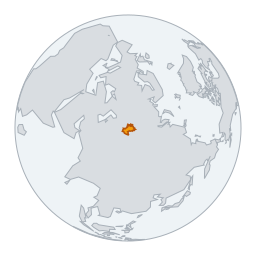 the Earth from above Qostanay, rotated 73°
{"feature_id": "KAZ-3196", "entity_name": "Qostanay", "entity_type": "Region", "adm_level": 1, "iso_a3": "KAZ", "parent_name": "Kazakhstan", "parent_adm1": "", "projection": "orthographic", "projection_center": [62.901, 51.427], "detail": "fine", "context": "on_globe", "style": "filled", "palette": "amber", "viewbox_px": 256, "rotation_deg": 73, "n_neighbors": 0, "source": "natural_earth", "source_scale": "10m", "svg_char_len": 12892}
<svg xmlns="http://www.w3.org/2000/svg" viewBox="0 0 256 256"><g transform="rotate(73 128 128)"><circle cx="128" cy="128" r="113" fill="#eef3f6" stroke="#a8b0b8"/><path d="M137.2,15.7L138.9,16.0L137.9,17.5L135.3,16.9L135.4,17.5L138.6,18.4L140.8,18.8L145.4,23.9L155.4,29.5L160.8,30.5L157.9,31.1L169.6,32.8L176.5,36.4L167.3,32.9L165.3,33.0L169.3,35.6L168.1,36.3L169.4,38.0L167.6,38.7L162.4,36.8L161.1,37.3L164.0,39.2L164.1,41.2L160.0,38.4L159.7,41.7L150.9,39.7L141.5,32.6L135.2,32.9L121.8,29.6L121.6,30.9L116.4,30.8L114.3,32.3L112.4,31.5L112.4,33.4L114.5,33.9L115.2,35.0L114.1,36.0L111.5,35.0L111.7,34.4L110.4,34.6L109.5,33.8L109.3,34.8L106.3,33.6L107.7,36.2L104.0,36.6L102.4,35.5L104.7,33.6L106.7,27.2L105.8,25.8L102.3,25.6L91.2,29.1L89.4,28.6L85.3,29.3L85.4,30.3L88.6,30.2L87.6,32.5L91.6,32.3L91.8,33.3L95.1,34.0L92.3,36.1L87.8,37.8L85.0,37.3L82.9,38.1L83.8,40.4L76.7,41.8L68.9,46.5L67.3,46.7L67.5,43.4L72.2,38.3L72.6,34.9L70.0,39.4L66.1,40.3L64.5,41.5L63.3,42.9L63.9,43.6L62.1,44.4L63.9,40.1L65.6,39.2L65.0,40.5L67.2,38.3L68.4,35.7L66.3,36.6L70.3,32.5L68.9,33.1L69.0,32.7L71.0,31.9L67.4,33.4L70.7,31.0L78.3,26.9L86.2,23.4L94.4,20.5L102.8,18.2L111.3,16.6L119.9,15.7L128.5,15.4L137.2,15.7ZM141.9,19.0L138.8,18.3L136.3,17.4L139.0,17.8L141.9,19.0ZM146.5,21.4L144.7,21.2L144.8,20.1L145.8,20.6L146.5,21.4ZM164.9,31.2L162.7,30.1L165.3,31.0L164.9,31.2ZM169.9,38.1L170.9,38.3L171.1,39.1L169.9,38.1ZM96.4,32.9L95.7,33.4L95.5,33.0L96.4,32.9ZM98.4,32.7L98.6,31.8L99.5,31.6L99.4,32.2L98.4,32.7ZM168.6,41.0L168.6,42.5L167.7,40.7L168.6,41.0ZM98.0,33.9L101.3,31.4L103.0,31.1L104.0,33.0L98.0,33.9ZM168.0,43.1L168.1,46.8L170.4,47.4L164.0,48.0L166.0,44.5L164.5,42.2L166.6,43.4L168.0,43.1ZM115.6,33.6L113.3,33.2L116.2,32.7L115.6,33.6ZM117.3,33.1L125.3,30.5L128.2,31.8L124.9,32.4L129.4,33.5L126.9,35.5L123.9,35.2L122.5,34.0L122.6,35.7L117.3,33.1ZM160.4,47.9L159.7,48.6L159.5,47.6L160.4,47.9ZM115.7,35.4L117.0,34.6L119.6,35.7L117.4,37.4L117.2,36.5L115.7,35.4ZM131.8,33.0L133.4,34.2L131.8,36.0L132.1,36.8L127.1,35.6L131.8,33.0ZM116.1,36.7L116.2,38.2L114.0,38.6L114.5,36.1L116.1,36.7ZM121.2,35.4L122.3,36.0L121.0,36.2L121.2,35.4ZM106.2,41.2L107.8,40.2L109.3,40.7L106.2,41.2ZM116.3,38.7L117.1,38.6L117.8,38.7L117.4,39.8L116.3,38.7ZM126.3,37.1L125.3,37.7L128.3,37.6L127.2,39.1L124.1,38.1L125.0,39.2L124.6,39.7L122.4,38.4L126.3,37.1ZM119.3,41.2L114.9,40.6L111.7,42.4L110.3,42.0L115.7,39.3L119.3,41.2ZM121.3,39.6L119.7,40.5L118.8,39.5L119.3,38.3L121.3,39.6ZM127.6,40.6L130.1,38.5L130.7,38.8L127.6,40.6ZM118.5,41.9L119.6,42.0L118.4,42.1L118.5,41.9ZM125.0,41.1L125.8,40.3L126.5,40.7L125.0,41.1ZM121.1,43.0L119.7,42.8L120.0,41.9L121.1,43.0ZM123.1,42.3L123.8,43.0L120.9,41.7L123.3,41.9L123.1,42.3ZM125.5,41.6L126.2,41.6L125.1,41.9L125.5,41.6ZM120.8,46.4L117.2,45.1L117.8,43.1L121.3,44.7L120.8,46.4ZM56.1,214.7L53.8,212.8L43.8,200.9L44.5,198.8L43.1,194.8L36.8,181.0L38.0,177.0L36.7,173.2L33.8,170.6L32.5,166.0L30.8,163.8L21.9,151.4L20.2,142.8L20.5,124.2L22.9,122.1L25.1,116.2L42.8,112.8L44.5,117.9L56.1,127.1L57.2,129.4L53.7,133.4L60.6,147.5L65.5,145.4L74.0,154.6L81.0,157.8L87.3,149.2L75.8,143.8L76.0,137.9L86.9,138.0L97.3,142.8L97.7,140.7L93.0,133.7L97.2,131.1L91.5,131.0L92.4,133.8L88.9,134.0L87.9,131.4L89.4,130.5L86.8,128.2L80.2,133.5L80.4,136.9L72.4,133.9L72.0,139.4L69.2,140.3L68.8,131.4L70.3,129.0L68.0,117.4L65.7,119.5L67.8,130.8L66.3,129.0L63.3,132.3L64.4,128.4L62.8,115.9L56.9,112.4L46.1,115.8L43.3,113.2L42.4,107.9L49.6,99.7L55.0,106.7L57.6,104.2L59.3,97.5L60.8,100.3L62.2,98.6L64.5,101.0L70.5,99.7L73.3,101.7L78.3,96.9L80.4,97.4L76.8,100.0L75.9,103.1L83.1,108.2L85.3,107.9L87.9,104.4L89.6,106.4L91.3,102.5L96.7,103.7L91.4,99.0L94.4,95.1L99.1,93.7L99.2,91.7L91.5,94.0L89.3,95.8L88.9,98.7L82.0,103.2L79.0,102.4L82.6,94.7L78.6,92.9L83.2,88.0L101.1,84.0L107.3,84.9L111.9,94.5L109.0,96.4L105.9,93.9L106.3,99.9L107.4,97.6L108.8,99.4L112.0,96.5L113.2,97.6L114.3,93.0L116.0,94.0L115.3,96.9L121.5,93.9L125.8,95.3L126.7,94.1L126.4,92.4L132.1,95.5L132.5,94.5L130.8,93.1L130.4,90.1L132.0,86.3L133.9,87.6L133.6,89.2L135.7,94.5L134.6,98.7L135.5,98.8L137.0,95.6L134.3,89.0L134.8,86.3L136.5,89.2L135.9,87.9L136.7,87.1L139.3,87.4L137.6,84.2L143.9,73.4L149.5,73.4L150.3,77.0L156.7,71.5L162.5,72.4L160.9,70.9L162.8,67.7L161.1,67.4L160.4,66.5L164.7,58.6L167.2,57.9L167.2,53.4L166.4,52.7L164.6,52.9L164.0,48.0L170.4,47.4L171.9,48.9L174.9,47.7L178.0,51.4L181.9,54.0L183.6,59.1L186.5,60.9L187.4,60.3L192.0,62.5L198.7,69.7L189.6,66.7L178.9,57.5L183.0,61.4L180.9,61.5L181.7,63.5L184.7,66.3L185.7,66.0L184.9,76.2L189.9,86.2L192.2,82.6L195.6,83.2L203.3,92.6L206.2,112.1L210.8,114.0L212.3,116.7L211.2,120.7L208.9,116.8L206.1,117.4L205.0,114.7L202.5,120.1L200.7,116.5L199.6,122.6L202.1,124.4L205.0,120.8L204.8,127.9L210.2,129.7L212.9,135.0L210.9,149.7L205.8,157.4L205.9,159.3L202.8,159.2L200.3,164.9L207.4,170.7L207.8,173.4L202.9,181.9L202.5,180.2L194.2,180.0L193.9,186.8L200.2,188.3L202.4,192.5L198.0,193.5L195.6,189.8L192.7,189.6L192.7,184.0L188.7,177.2L184.2,180.9L183.8,177.4L177.6,172.2L170.8,177.1L160.4,189.6L160.3,198.2L156.2,202.7L148.0,191.9L145.7,183.3L141.9,184.5L134.2,177.2L118.3,176.5L116.8,173.8L113.6,174.7L108.4,171.5L106.4,167.0L102.9,166.6L108.2,178.3L112.1,178.7L116.5,175.1L117.2,179.0L122.4,182.7L113.7,190.6L91.5,193.7L90.7,186.8L80.9,163.4L82.0,161.4L82.0,161.1L82.0,160.6L79.7,163.6L78.4,158.9L82.2,175.1L82.2,181.0L91.1,194.0L89.9,194.6L93.2,197.5L105.5,197.7L105.3,199.7L98.6,207.6L82.9,214.1L85.8,221.1L86.0,225.5L78.1,224.9L80.6,228.0L76.8,227.0L77.8,228.1L75.7,227.6L73.0,226.3L64.3,220.9L56.1,214.7ZM34.4,118.5L33.4,120.1L34.4,118.5ZM106.9,153.0L114.0,154.8L113.2,147.6L115.9,147.8L114.7,145.4L113.1,147.1L110.5,140.5L114.4,139.2L114.8,136.1L112.4,135.4L105.6,138.9L109.4,148.2L106.7,150.5L106.9,153.0ZM66.0,40.6L65.8,40.9L64.4,42.4L64.5,41.7L66.0,40.6ZM61.3,49.2L58.5,50.5L60.6,49.0L60.2,48.2L64.2,44.3L66.7,46.6L64.9,46.2L61.3,49.2ZM70.2,40.1L67.4,42.1L70.3,39.8L70.2,40.1ZM67.3,87.2L67.2,89.4L65.0,90.8L61.5,88.8L64.6,86.8L67.3,87.2ZM67.6,92.4L72.1,85.6L74.5,86.7L72.4,87.2L73.5,88.6L70.4,89.8L68.2,97.8L66.1,99.5L60.8,94.6L63.7,95.1L63.6,92.8L67.6,92.4ZM79.5,68.2L81.5,65.8L84.1,71.3L81.9,72.9L78.3,70.9L78.7,67.8L79.5,68.2ZM99.2,38.0L99.8,37.1L100.5,37.3L100.5,38.2L99.2,38.0ZM106.9,40.7L97.3,42.3L97.5,41.3L91.6,43.7L89.9,42.0L93.7,40.5L88.0,41.2L90.8,39.1L86.8,39.9L95.6,36.6L97.9,35.0L96.0,37.4L97.5,38.9L98.9,39.1L104.4,38.4L110.0,35.9L112.5,37.2L112.7,38.8L111.7,39.6L110.4,38.4L110.0,40.3L107.4,39.3L106.9,40.7ZM113.8,59.5L112.8,57.4L111.5,62.0L108.9,60.6L108.9,61.3L106.2,61.3L102.9,62.5L102.1,61.6L101.2,62.5L99.3,62.6L97.8,63.6L95.7,62.3L93.7,63.4L93.8,62.2L90.9,64.4L92.1,62.2L89.9,62.3L89.8,64.4L82.4,56.1L78.2,54.6L74.1,54.8L76.8,51.2L82.5,48.8L89.0,47.8L92.6,49.9L93.2,48.0L95.1,48.4L93.8,49.7L96.9,48.0L98.1,48.8L104.0,48.5L107.6,45.8L109.9,45.7L109.0,47.2L111.8,46.1L111.8,48.9L113.4,48.9L114.9,51.8L112.4,54.7L114.4,54.5L115.7,56.8L113.8,59.5ZM121.2,47.3L118.7,50.8L116.1,51.9L114.5,46.5L113.1,46.1L112.0,42.9L115.8,41.5L115.8,42.5L116.6,43.2L115.1,43.3L116.9,43.7L117.0,45.2L118.4,45.9L117.2,46.8L121.2,47.3ZM59.8,128.9L60.9,130.1L62.9,131.4L61.0,133.6L59.8,128.9ZM58.5,120.4L59.7,121.0L58.1,124.5L56.9,123.3L58.5,120.4ZM61.8,118.4L59.9,120.7L60.2,118.8L61.8,118.4ZM78.1,100.4L79.5,100.9L79.1,101.9L77.7,102.7L78.1,100.4ZM109.6,73.6L109.4,72.1L110.2,71.8L112.0,68.5L114.0,69.4L113.7,71.7L109.6,73.6ZM84.6,150.0L81.7,151.0L81.0,149.6L82.1,149.5L84.6,150.0ZM70.2,142.4L72.8,145.5L69.7,143.0L70.2,142.4ZM112.1,74.0L112.6,72.5L113.4,73.9L112.1,74.0ZM115.6,69.9L116.7,71.2L114.5,69.1L115.6,69.9ZM104.6,229.4L100.2,234.4L95.0,233.2L92.9,231.2L93.8,227.8L99.4,227.9L101.9,226.3L104.6,229.4ZM220.2,188.1L222.0,186.3L221.8,186.6L220.2,188.1ZM218.3,189.3L220.6,187.0L217.8,190.3L218.3,189.3ZM221.4,186.1L223.6,183.1L224.6,181.5L224.3,182.3L221.4,186.1ZM216.8,190.9L207.4,198.8L203.5,200.9L204.6,199.1L211.0,194.6L216.8,190.9ZM204.3,199.3L198.0,200.3L188.1,195.3L191.7,193.8L201.8,194.4L201.2,195.8L205.0,195.8L204.3,199.3ZM218.7,182.0L218.0,185.5L213.1,189.7L210.7,191.2L209.1,188.6L210.0,185.8L212.0,184.3L218.7,170.6L221.3,170.0L219.5,175.2L221.5,176.0L218.7,182.0ZM160.9,198.9L163.9,202.9L161.6,204.3L160.9,198.9ZM220.6,162.6L218.5,168.7L220.2,161.7L220.6,162.6ZM221.2,156.7L221.7,158.3L220.3,157.8L221.2,156.7ZM206.6,161.9L204.5,164.0L204.1,162.7L206.5,159.4L206.6,161.9ZM214.9,139.5L216.3,143.5L216.4,145.2L214.8,143.7L214.9,139.5ZM130.5,80.7L125.7,84.1L123.6,87.5L124.5,90.7L121.1,87.8L124.3,82.6L130.5,80.7ZM142.0,74.1L141.2,71.6L142.9,71.8L143.3,72.5L142.0,74.1ZM140.6,73.2L137.0,71.8L137.3,69.8L140.1,71.3L140.6,73.2ZM124.4,72.6L122.8,73.6L122.3,72.4L124.4,72.6ZM205.8,209.5L206.0,209.3L206.8,208.4L208.7,206.2L217.9,195.7L225.1,184.3L228.0,179.8L231.5,171.9L233.7,166.8L233.1,168.5L229.9,176.1L226.1,183.4L221.7,190.5L216.9,197.2L211.6,203.5L205.8,209.5ZM224.5,183.1L227.3,177.8L228.5,175.9L224.5,183.1ZM237.0,156.6L235.5,161.2L236.3,158.4L236.3,157.3L233.6,163.0L233.1,162.9L234.3,159.7L232.1,162.7L234.5,157.5L235.3,158.5L236.5,153.6L238.1,149.3L239.2,145.4L239.5,144.3L237.0,156.6ZM234.0,163.7L234.4,162.9L233.9,164.4L234.0,163.7ZM229.2,170.2L229.0,171.2L228.3,171.7L229.2,170.2ZM230.2,168.3L232.2,165.7L229.9,169.3L230.2,168.3ZM222.8,175.3L223.5,176.3L226.0,172.2L224.1,176.2L225.5,177.3L224.8,179.1L223.5,177.7L222.6,181.8L221.5,183.0L221.1,180.8L222.4,175.9L223.5,173.1L227.7,167.1L222.8,175.3ZM230.2,166.0L229.6,164.7L230.0,162.5L230.7,162.7L230.2,166.0ZM227.4,161.6L225.3,161.1L223.8,164.2L226.5,156.2L228.1,158.0L227.4,161.6ZM225.0,157.4L223.6,160.2L224.8,156.0L225.0,157.4ZM223.1,159.7L222.5,157.9L223.8,156.7L223.1,159.7ZM225.8,156.5L225.4,152.7L226.4,153.9L225.8,156.5ZM220.8,154.0L224.3,154.2L220.5,156.8L218.4,150.2L219.9,148.3L220.8,154.0ZM217.1,115.3L215.7,113.6L216.5,111.4L217.3,113.2L217.1,115.3ZM217.9,103.3L216.3,110.3L214.8,116.1L216.1,115.9L217.4,120.3L214.3,118.8L214.1,112.2L215.6,108.4L214.0,105.0L214.1,100.7L211.4,97.4L210.8,94.8L213.7,96.7L217.9,103.3ZM210.1,96.2L205.4,89.6L207.8,87.2L209.4,88.1L210.5,92.1L209.2,93.1L210.1,96.2ZM205.0,87.3L203.7,88.3L194.0,81.9L192.6,80.0L201.2,83.3L200.4,84.5L202.3,86.5L205.0,87.3ZM160.8,49.1L159.8,48.7L160.9,48.5L160.8,49.1ZM159.4,66.4L158.8,65.1L160.1,64.9L159.4,66.4ZM157.7,61.6L156.6,62.8L157.0,61.0L157.7,61.6ZM154.4,65.5L155.8,63.0L155.6,66.2L154.4,65.5Z" fill="#d9dde1" stroke="#a8b0b8" stroke-width="1"/><path d="M131.5,121.7L131.8,122.3L131.7,122.3L131.8,122.4L131.9,122.5L132.0,122.6L131.7,122.8L131.6,123.0L131.8,123.2L131.9,123.4L131.9,123.6L131.8,123.8L132.0,123.9L132.0,124.1L132.0,124.3L132.2,124.5L131.9,124.7L131.8,124.8L131.9,125.0L131.9,125.3L131.8,125.7L131.8,126.0L131.8,126.4L131.7,126.6L131.6,127.0L131.4,127.2L131.2,127.3L131.3,127.6L131.3,127.9L131.3,128.0L131.2,128.3L131.2,128.5L131.5,128.8L131.5,129.2L131.8,129.0L132.0,129.0L132.3,129.3L132.5,129.4L132.9,129.5L133.3,129.4L133.4,129.5L133.4,129.8L133.6,130.0L133.7,129.9L133.9,129.8L134.2,129.7L134.4,129.7L134.5,129.6L134.7,129.9L134.5,130.1L134.2,130.2L134.1,130.3L134.1,130.5L133.9,130.9L133.1,131.8L132.8,132.0L132.6,132.2L132.2,132.7L131.9,132.7L131.8,132.8L131.7,133.0L131.4,133.0L130.8,133.0L130.4,133.1L130.2,133.4L130.1,133.5L130.0,133.8L129.7,133.9L129.7,134.1L129.4,134.4L129.0,133.8L128.2,133.4L128.2,133.2L127.9,133.1L127.7,133.0L127.4,132.7L127.3,132.4L127.2,132.4L127.3,132.3L127.5,132.3L127.2,131.9L127.3,131.7L127.4,131.4L127.6,131.3L127.6,131.1L127.8,131.0L128.0,131.0L128.0,130.8L127.7,130.4L127.5,129.9L127.4,129.5L127.3,129.4L127.3,129.1L127.2,128.9L127.1,128.6L126.9,128.7L126.8,128.4L126.7,128.2L126.7,128.3L126.4,128.3L126.4,128.2L126.2,128.0L126.2,127.9L125.9,127.9L125.7,127.9L125.6,127.7L125.1,127.6L124.9,127.5L124.9,127.4L125.0,127.4L125.1,127.2L124.8,127.1L124.7,127.0L124.5,126.9L124.9,126.6L125.0,126.6L125.3,126.5L125.4,126.4L125.6,126.4L125.7,126.2L125.8,126.2L125.7,126.1L125.7,125.9L125.5,125.7L125.4,125.6L125.4,125.4L125.5,125.3L125.6,125.2L125.8,125.0L125.7,124.9L125.8,124.9L126.0,124.9L126.3,124.9L126.4,125.0L126.5,125.0L126.5,124.9L126.6,125.0L126.7,124.9L126.8,125.0L127.0,125.0L127.0,124.9L127.1,124.7L126.7,124.6L126.5,124.4L126.4,124.5L126.2,124.4L125.9,124.2L126.0,124.1L126.0,123.9L126.2,124.0L126.3,124.0L126.3,123.9L126.4,123.7L126.2,123.7L126.1,123.8L125.9,123.8L125.9,123.7L125.7,123.7L125.8,123.6L125.9,123.4L126.0,123.3L126.0,123.2L125.9,123.2L126.0,123.0L126.0,122.9L126.3,122.8L126.4,123.0L126.5,123.0L126.5,122.9L126.7,123.0L126.7,122.9L126.8,122.9L126.8,123.0L127.0,123.1L127.0,122.9L127.4,122.9L127.5,122.9L127.5,123.0L127.4,123.0L127.5,123.1L127.6,122.9L127.8,122.8L128.0,122.8L128.3,122.7L128.2,122.7L128.3,122.6L128.5,122.6L128.9,122.4L129.0,122.4L129.0,122.5L129.3,122.5L129.3,122.4L129.2,122.4L129.3,122.3L129.5,122.3L129.6,122.2L129.6,122.3L129.8,122.2L130.0,122.2L130.0,122.3L130.2,122.2L130.3,122.1L130.5,122.3L130.6,122.2L130.6,121.9L130.8,121.8L130.9,121.7L131.0,121.7L131.3,121.7L131.5,121.5L131.5,121.7Z" fill="#f59e0b" stroke="#b45309" stroke-width="1.5"/></g></svg>